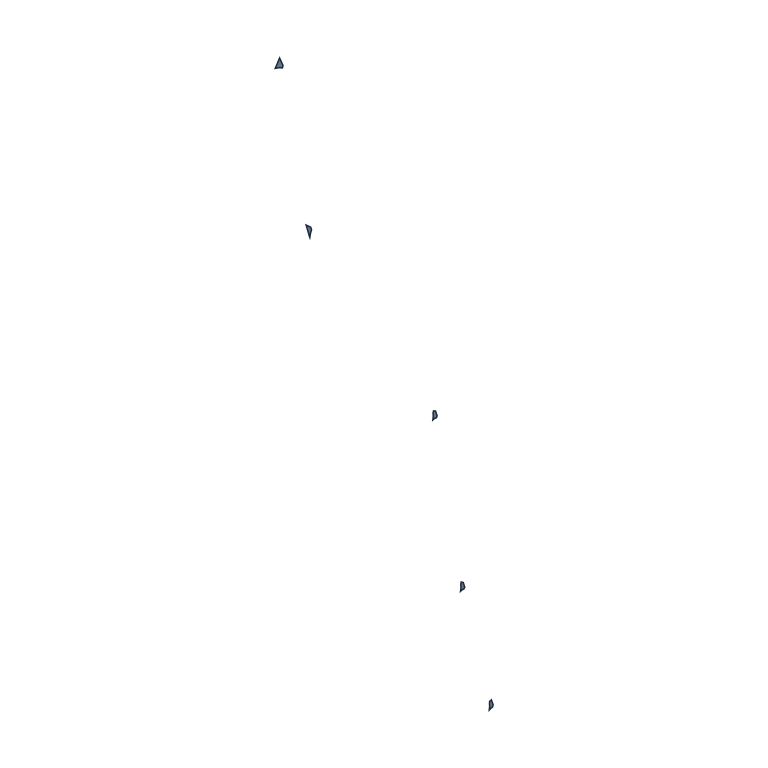 an SVG outline of Gaafu Alifu, rotated 176°
{"feature_id": "MDV-5240", "entity_name": "Gaafu Alifu", "entity_type": "Atoll", "adm_level": 1, "iso_a3": "MDV", "parent_name": "Maldives", "parent_adm1": "", "projection": "equal_earth", "projection_center": [73.409, 0.614], "detail": "fine", "context": "isolated", "style": "filled", "palette": "slate", "viewbox_px": 768, "rotation_deg": 176, "n_neighbors": 0, "source": "natural_earth", "source_scale": "10m", "svg_char_len": 761}
<svg xmlns="http://www.w3.org/2000/svg" viewBox="0 0 768 768"><g transform="rotate(176 384 384)"><path d="M470.5,706.4L470.4,706.6L465.4,716.5L463.1,710.3L462.5,708.8L463.3,706.4L466.6,706.9L470.5,706.4ZM447.8,535.2L447.9,535.5L450.6,548.0L446.2,545.6L445.5,542.9L446.8,539.5L447.8,535.2ZM337.8,344.7L337.1,348.4L337.1,351.7L336.5,353.7L336.4,353.7L334.5,353.5L333.2,348.7L334.0,346.7L336.2,346.0L337.8,344.7ZM322.1,171.9L321.4,175.6L321.4,178.9L320.8,181.1L319.9,180.8L318.8,180.5L317.6,175.6L318.7,173.9L319.7,173.5L320.5,173.2L322.1,171.9ZM301.8,51.3L301.8,51.5L301.2,54.3L301.1,54.8L301.1,57.7L300.9,58.9L300.8,60.1L299.9,60.7L299.0,61.3L298.9,61.4L297.5,56.5L298.2,54.2L300.2,52.9L301.8,51.3Z" fill="#64748b" stroke="#1e293b" stroke-width="1.5"/></g></svg>